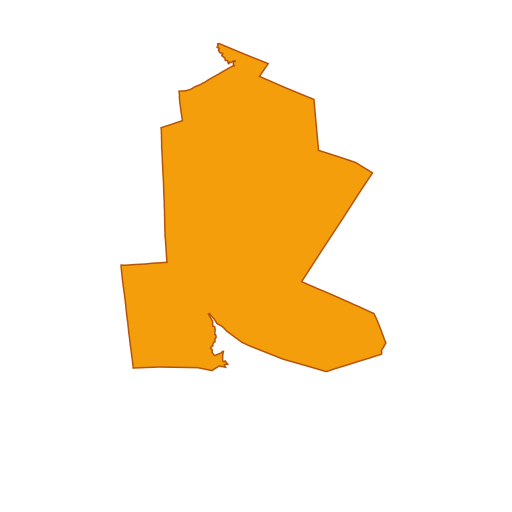 Dracsenei, Teleorman, Romania (Robinson projection), rotated 216°
{"feature_id": "2599482B60737111178091", "entity_name": "Dracsenei", "entity_type": "district", "adm_level": 2, "iso_a3": "ROU", "parent_name": "Romania", "parent_adm1": "Teleorman", "projection": "robinson", "projection_center": [25.005, 44.217], "detail": "fine", "context": "isolated", "style": "filled", "palette": "amber", "viewbox_px": 512, "rotation_deg": 216, "n_neighbors": 0, "source": "geoboundaries", "source_scale": "gbopen_adm2", "svg_char_len": 6008}
<svg xmlns="http://www.w3.org/2000/svg" viewBox="0 0 512 512"><g transform="rotate(216 256 256)"><path d="M96.8,250.5L97.2,251.2L97.5,251.7L97.7,252.0L97.9,252.3L98.5,252.5L98.7,252.8L98.9,253.1L99.0,253.7L99.1,254.5L99.2,256.3L99.3,257.6L99.5,258.8L99.6,260.0L99.7,260.6L99.7,261.1L99.8,261.7L99.9,262.0L100.1,262.2L100.4,262.4L101.0,262.8L101.6,263.1L102.0,263.3L103.9,264.5L105.1,265.4L106.4,266.3L107.9,267.2L108.5,267.6L109.2,268.0L109.8,268.6L110.6,269.1L112.0,270.0L114.0,271.2L115.2,272.0L116.1,272.6L118.9,274.3L120.1,275.0L122.2,276.3L124.6,277.6L126.9,278.8L127.5,278.7L128.6,278.3L129.9,278.1L131.7,277.7L134.3,277.2L135.9,276.9L138.6,276.4L144.9,275.1L148.1,274.3L151.4,273.7L155.4,272.9L158.1,272.2L166.4,270.5L172.4,269.2L175.1,268.6L178.9,267.7L182.8,266.8L184.7,266.3L186.6,265.9L187.6,265.6L188.9,265.4L189.8,265.2L190.4,265.1L192.5,264.6L194.9,264.0L196.5,263.7L198.6,263.2L204.0,262.1L206.0,298.0L207.8,336.1L209.8,372.0L210.6,391.7L230.5,390.2L244.1,385.9L267.6,378.2L268.0,378.8L288.0,401.6L301.1,416.7L329.5,409.8L358.8,403.3L359.2,418.8L384.5,412.4L410.7,406.2L410.9,406.0L411.2,405.7L411.6,405.5L411.7,405.2L411.6,404.9L411.4,404.7L410.9,404.5L410.5,404.2L410.3,404.0L410.2,403.6L410.3,403.1L410.4,402.5L410.4,402.2L410.1,402.0L409.8,402.0L409.5,402.0L408.8,402.3L408.1,402.5L407.7,402.4L407.4,402.1L407.4,401.8L407.5,401.4L407.5,400.8L407.5,400.6L407.4,400.4L407.2,400.3L406.4,400.1L406.2,399.9L405.7,399.6L405.3,399.4L404.7,399.2L404.2,399.3L403.6,399.8L403.3,399.9L402.3,400.3L402.0,400.3L401.8,400.2L401.7,400.1L401.6,399.6L401.7,398.8L401.8,398.4L401.6,398.2L401.4,398.0L401.0,398.0L400.1,398.0L399.9,398.0L399.5,397.8L399.3,397.8L398.1,398.0L397.8,398.0L397.6,397.9L397.4,397.8L397.2,397.6L397.0,397.4L396.9,397.1L396.6,396.8L396.0,396.3L395.7,396.2L395.4,396.2L395.2,396.3L395.1,396.5L394.8,396.9L394.4,397.1L394.0,397.2L393.7,397.3L393.4,397.2L393.2,397.2L393.0,396.8L393.0,396.6L391.9,395.6L391.6,395.5L391.3,395.4L391.1,395.5L390.9,395.7L390.9,395.9L391.1,396.1L391.4,396.5L391.5,396.8L391.4,397.1L391.2,397.3L390.4,397.5L390.2,397.7L390.0,398.0L389.6,398.5L389.5,398.9L389.4,399.1L389.4,399.4L389.4,399.6L389.3,399.9L388.9,400.4L388.4,401.1L388.1,401.4L387.9,401.5L387.6,401.4L387.4,401.4L387.3,401.2L387.4,400.8L387.8,400.4L388.0,400.1L388.1,399.8L388.0,399.5L387.9,399.3L387.7,399.1L387.6,398.9L387.5,398.2L387.3,397.9L387.0,397.7L386.6,397.5L386.2,397.4L385.9,397.4L385.5,397.2L385.3,397.2L385.3,396.9L385.5,396.7L385.6,396.8L385.8,396.7L386.0,396.4L386.4,396.2L386.4,395.9L386.5,395.8L386.7,395.6L387.3,394.5L387.4,394.4L387.4,394.1L387.5,393.9L388.0,392.8L388.4,392.1L389.2,390.2L389.8,389.0L390.6,387.2L391.6,385.0L392.0,384.1L392.4,383.0L393.3,380.9L394.1,379.2L396.0,375.1L396.9,373.0L397.4,372.1L397.9,370.9L398.4,369.7L398.5,369.1L398.9,368.3L399.2,367.5L399.4,366.9L399.6,366.3L399.8,366.0L400.2,365.4L400.6,364.8L400.8,364.6L401.2,363.1L401.4,362.7L401.9,361.8L402.4,360.9L403.0,359.9L403.8,359.0L405.3,356.1L406.2,353.7L406.8,352.6L408.9,349.7L410.4,348.0L415.2,344.0L412.0,340.7L411.8,339.9L408.0,335.6L403.8,331.2L399.6,326.8L395.1,322.3L396.0,321.0L404.1,309.6L405.6,307.6L408.2,303.9L406.7,302.3L403.5,298.2L401.7,295.8L399.9,293.4L399.4,292.8L398.7,291.9L397.6,290.4L396.4,288.7L395.7,287.8L393.3,285.0L391.7,283.0L390.6,281.7L389.2,279.9L387.8,278.1L385.2,274.8L384.5,274.0L383.8,273.2L383.1,272.2L381.8,270.7L381.0,269.8L380.3,268.8L379.2,267.4L378.3,266.3L377.4,265.3L376.8,264.6L376.0,263.4L374.6,261.8L373.7,260.6L371.6,258.0L371.2,257.3L370.7,256.7L368.4,253.8L367.3,252.3L366.5,251.5L365.6,250.3L364.3,248.7L363.5,247.6L362.3,246.2L361.5,245.2L360.5,243.7L359.8,242.7L357.6,240.1L357.2,239.4L356.7,239.0L354.6,236.1L353.6,234.7L352.9,233.9L351.8,232.5L350.2,230.3L349.9,229.9L348.3,227.9L347.8,227.2L347.0,226.1L345.9,224.7L345.1,223.7L344.1,222.3L343.2,221.3L341.6,219.0L338.5,215.6L337.8,214.7L337.1,213.8L336.6,213.2L335.7,212.2L335.1,211.5L335.0,211.3L333.8,210.0L333.0,209.0L332.4,208.2L331.6,207.2L329.6,204.9L328.7,203.7L327.6,202.4L326.5,201.1L325.8,200.4L325.2,199.6L324.6,199.0L324.3,198.6L325.3,197.7L326.8,196.6L327.9,195.6L329.0,194.6L330.1,193.7L330.6,193.2L332.6,191.7L334.4,190.3L335.7,189.0L336.8,188.2L338.0,187.1L341.1,184.2L342.2,183.4L345.3,180.8L345.8,180.4L346.8,179.7L348.4,178.4L350.3,176.8L351.7,175.6L353.0,174.5L354.1,173.6L355.5,172.4L356.8,171.4L357.8,170.7L358.5,170.2L359.0,169.8L359.8,169.4L359.4,168.7L358.3,167.5L357.5,166.5L356.7,165.7L355.8,164.6L354.8,163.5L353.7,162.4L352.6,161.1L351.6,160.0L350.8,159.0L350.0,158.3L349.1,157.2L347.0,155.1L346.3,154.1L345.5,153.3L344.7,152.6L342.0,149.8L340.9,148.6L339.7,147.4L339.0,146.7L337.2,144.7L336.4,144.0L335.9,143.4L335.0,142.4L333.6,140.7L332.7,139.9L331.5,138.5L330.1,136.9L329.2,136.0L326.4,132.8L325.6,132.1L325.1,131.5L324.6,130.9L324.1,130.4L323.9,130.1L321.4,127.6L320.1,126.2L318.6,124.5L313.2,118.5L310.4,115.6L309.7,114.8L308.2,113.2L305.0,109.7L303.0,107.7L301.1,105.7L297.1,101.4L295.7,100.0L293.0,97.1L290.7,94.6L290.1,93.9L289.5,93.2L269.2,109.2L237.5,131.4L224.3,137.4L221.1,145.4L215.2,148.1L217.7,149.3L217.1,150.4L215.3,151.8L219.3,153.0L219.8,151.5L221.1,151.5L222.8,153.5L225.1,157.0L226.3,159.7L227.0,159.1L227.2,157.1L230.8,151.3L231.8,151.2L235.0,152.3L235.8,154.0L237.5,154.8L238.4,154.4L238.9,156.5L238.0,158.0L239.0,159.0L239.5,161.8L238.7,162.3L240.7,165.3L240.3,166.6L242.2,168.5L243.1,168.2L246.0,172.7L247.9,174.5L249.8,173.9L252.7,177.7L260.5,181.1L259.9,182.1L256.6,181.2L252.0,180.2L249.6,179.2L248.0,178.4L242.4,179.1L239.4,178.8L238.6,178.7L235.7,178.0L216.5,177.9L208.0,179.6L177.9,187.3L174.2,188.2L146.8,198.2L131.4,203.7L130.9,204.1L130.2,205.1L128.5,207.5L125.7,211.5L123.6,214.2L122.6,215.6L121.2,217.5L118.4,221.1L116.5,223.7L115.1,225.6L113.2,228.1L110.7,231.6L107.9,235.2L106.5,237.2L105.3,238.7L104.0,240.4L102.8,242.1L101.7,243.7L100.9,244.8L100.1,245.8L99.6,246.4L99.3,246.9L99.1,247.3L98.8,247.7L98.2,248.3L97.7,249.0L97.2,249.6L96.9,250.1L96.8,250.5Z" fill="#f59e0b" stroke="#b45309" stroke-width="1.5"/></g></svg>